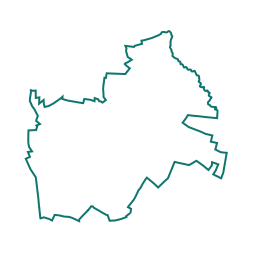 John Taolo Gaetsewe, Northern Cape, South Africa, rotated 97°
{"feature_id": "47623444B84629172160693", "entity_name": "John Taolo Gaetsewe", "entity_type": "district", "adm_level": 2, "iso_a3": "ZAF", "parent_name": "South Africa", "parent_adm1": "Northern Cape", "projection": "robinson", "projection_center": [22.441, -26.985], "detail": "fine", "context": "isolated", "style": "outline", "palette": "teal", "viewbox_px": 256, "rotation_deg": 97, "n_neighbors": 0, "source": "geoboundaries", "source_scale": "gbopen_adm2", "svg_char_len": 5101}
<svg xmlns="http://www.w3.org/2000/svg" viewBox="0 0 256 256"><g transform="rotate(97 128 128)"><path d="M101.3,41.0L101.0,41.2L100.1,41.2L99.8,41.4L99.4,41.6L99.2,41.8L99.1,42.0L99.0,42.3L99.0,42.5L99.1,43.2L99.0,43.8L98.9,43.9L98.5,44.0L98.1,43.9L97.9,43.7L97.7,43.3L97.5,43.0L97.2,42.9L96.7,43.1L96.5,43.6L96.6,43.9L96.7,44.2L96.8,44.5L96.7,45.6L96.7,46.0L96.7,47.2L96.7,47.5L96.6,48.0L96.4,48.5L96.2,48.8L95.4,49.5L95.1,50.1L95.0,50.7L94.9,51.0L94.5,51.4L94.2,51.5L93.7,51.6L93.2,51.7L92.9,51.7L92.4,51.6L92.1,51.4L91.7,51.1L91.5,50.8L91.3,50.7L91.0,50.4L90.5,50.2L89.9,50.1L89.5,49.9L88.7,49.5L88.3,49.1L88.1,49.0L87.7,48.9L87.3,49.0L87.2,49.1L87.1,49.3L87.0,49.5L86.8,50.1L86.5,51.1L86.0,51.7L85.0,51.8L84.7,51.8L84.2,51.6L83.5,51.2L83.2,51.2L83.0,51.4L82.9,51.5L82.7,52.6L82.4,52.9L82.2,53.1L81.5,53.3L81.4,53.5L81.2,53.7L81.2,53.9L81.2,54.1L81.2,54.4L81.7,55.1L81.8,55.4L81.8,55.8L81.7,56.0L81.4,56.3L80.9,56.8L80.7,57.0L80.3,57.3L80.1,57.5L79.6,57.6L78.7,57.4L78.3,57.4L78.1,57.5L78.0,57.8L78.0,58.0L78.4,59.1L78.5,60.4L78.4,60.9L78.3,61.2L78.1,61.5L77.7,61.7L77.5,61.8L77.1,61.7L76.4,61.2L76.0,61.0L75.7,61.0L74.9,61.2L74.5,61.4L74.4,61.5L74.2,61.8L73.9,62.9L73.8,63.1L73.6,63.2L73.3,63.4L73.1,63.4L72.8,63.4L71.9,63.1L71.7,63.0L71.4,63.0L70.7,63.2L70.3,63.3L70.0,63.5L69.9,63.5L69.2,63.6L68.3,63.7L68.1,63.7L67.7,64.0L67.4,64.5L67.3,64.8L67.3,65.3L67.3,65.6L67.4,65.9L67.4,66.1L67.1,66.3L66.7,66.5L66.3,66.7L66.2,66.8L65.8,67.1L65.4,67.4L65.2,67.6L64.0,68.2L63.6,68.4L63.4,68.6L63.2,69.0L63.2,69.3L63.3,69.5L63.7,70.2L63.9,70.4L63.9,70.5L64.1,70.9L64.1,71.1L64.1,71.5L63.8,71.9L63.7,72.1L63.0,72.4L62.6,72.7L62.4,73.0L62.4,73.4L62.4,74.0L62.7,74.5L62.8,74.8L62.8,75.1L62.8,75.3L62.7,75.7L62.5,76.0L62.4,76.1L62.3,76.3L61.5,76.6L61.2,76.8L60.6,77.4L60.4,77.9L60.5,78.3L60.6,78.5L61.0,79.0L61.1,79.4L61.1,79.5L60.9,80.0L60.7,80.2L60.5,80.3L60.1,80.5L59.7,80.7L59.1,81.0L58.6,81.4L58.5,81.5L58.3,81.7L58.2,82.4L58.3,83.2L58.3,83.5L58.2,83.6L58.0,83.8L57.7,83.9L57.1,83.8L56.6,83.8L56.2,84.0L55.8,84.5L55.7,84.6L55.7,85.0L55.6,85.7L55.5,85.8L55.3,86.2L55.1,86.4L54.9,86.5L54.6,86.6L54.3,86.6L54.2,86.7L53.8,86.8L53.6,87.1L53.5,87.3L53.4,87.5L53.3,87.9L53.1,88.9L52.9,89.7L52.8,90.0L52.3,90.9L51.3,92.5L51.2,92.6L50.7,92.7L50.0,92.6L49.4,92.6L48.7,92.7L48.6,92.8L48.3,92.9L48.0,93.0L47.8,93.2L47.4,93.6L47.2,93.7L47.0,93.9L46.9,94.0L46.6,94.0L46.1,94.2L45.6,94.2L45.5,94.3L45.0,94.5L44.3,95.1L43.0,96.0L42.8,96.1L42.4,96.2L42.0,96.2L41.9,96.2L41.6,96.1L41.3,95.9L41.0,95.9L40.7,95.7L40.2,95.8L39.7,95.9L38.5,96.3L38.4,96.3L38.1,96.2L37.6,96.1L37.4,96.2L37.2,96.3L36.7,96.3L36.2,96.2L35.4,96.2L34.5,95.9L34.2,95.8L33.5,95.6L33.4,95.6L33.1,95.7L32.9,95.7L32.6,95.5L32.2,95.2L31.8,95.2L31.6,95.2L31.1,95.6L30.3,96.3L29.2,96.5L28.5,96.9L27.2,98.2L27.1,98.3L26.9,98.8L27.0,99.7L28.2,100.9L28.5,101.5L28.4,103.1L28.3,103.9L28.3,104.3L28.5,105.1L28.7,105.6L29.0,106.3L30.5,106.7L32.3,109.1L35.8,115.4L38.9,122.7L39.7,125.3L42.7,124.3L45.6,131.3L46.8,132.0L46.8,140.6L49.4,139.2L51.9,139.3L57.6,136.9L59.1,133.8L59.8,132.6L63.0,136.6L63.8,138.2L64.9,139.0L66.5,137.0L68.5,133.5L74.8,137.3L76.1,153.1L76.3,155.8L81.1,156.1L81.0,157.5L87.2,157.5L88.0,157.7L88.9,157.6L93.2,157.4L93.7,157.1L100.3,156.0L103.0,153.4L105.9,156.4L105.1,157.9L104.8,160.0L103.1,161.1L102.4,164.7L105.5,164.5L104.6,168.8L104.5,174.9L108.8,175.5L108.7,179.6L108.4,184.8L108.1,191.2L107.2,196.6L104.9,196.8L107.1,198.7L112.8,205.1L115.8,209.4L117.3,213.3L113.9,214.6L110.5,215.2L114.7,219.2L108.4,219.7L109.4,223.2L102.1,224.2L102.7,227.2L102.3,229.0L104.8,228.7L111.2,228.9L113.3,228.6L114.2,228.1L115.3,227.4L118.0,225.8L121.1,222.9L124.1,221.0L124.1,220.9L127.1,218.9L129.7,219.7L132.1,220.0L133.5,217.9L134.8,215.9L136.7,219.2L137.6,218.3L141.3,219.0L141.3,219.3L142.5,226.5L151.8,225.6L155.8,224.9L159.0,223.8L162.9,220.4L164.0,224.4L168.6,221.8L171.0,225.7L173.5,224.2L180.6,219.9L188.2,213.5L208.4,208.5L215.0,207.1L218.5,206.2L218.5,206.3L222.2,205.4L228.3,204.0L228.4,203.9L226.9,200.5L227.1,199.4L227.5,197.6L227.8,195.4L227.9,195.1L228.0,194.9L229.1,192.1L223.2,190.2L223.1,185.8L223.4,183.2L223.7,180.7L223.4,176.1L223.9,172.8L226.4,165.1L225.2,165.3L224.5,165.1L220.3,162.1L216.6,159.2L214.9,157.8L214.7,158.0L214.0,157.3L210.1,154.9L210.3,153.2L211.3,152.2L211.8,151.1L213.1,147.9L213.7,146.5L215.1,143.4L216.5,139.8L216.8,139.2L217.0,137.5L219.2,136.5L222.3,134.9L222.2,134.4L221.3,129.4L219.2,123.8L216.6,118.8L216.0,119.2L215.9,119.2L211.9,115.2L212.0,115.2L207.9,115.1L206.5,118.4L202.2,115.8L199.4,114.1L198.5,113.5L195.5,112.3L192.1,111.1L188.7,110.1L186.0,108.3L182.0,106.8L177.9,104.9L175.0,103.3L175.7,102.1L180.2,95.1L183.4,90.9L175.7,84.6L173.0,82.2L156.0,77.6L157.4,62.9L152.2,56.1L155.9,49.3L159.9,43.0L154.8,40.2L151.7,40.4L153.1,34.0L159.6,35.8L163.6,37.8L166.6,29.4L160.8,28.0L140.6,27.0L140.7,28.6L140.7,33.1L138.7,38.7L132.0,37.8L131.5,44.1L125.1,43.4L124.4,50.3L122.8,55.2L120.0,66.6L119.4,68.4L116.1,74.4L111.0,71.5L107.9,70.1L107.9,64.7L107.7,58.7L107.7,51.9L107.5,46.9L107.5,43.4L107.4,42.8L107.4,40.8L101.4,41.1L101.2,41.1L101.3,41.0Z" fill="none" stroke="#0f766e" stroke-width="2"/></g></svg>